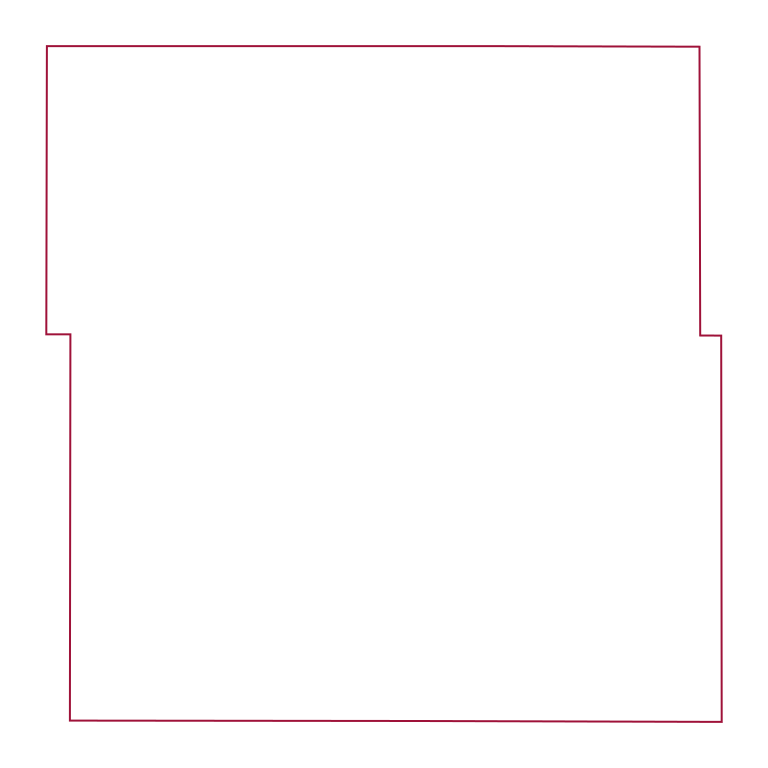 Barnes, North Dakota, United States of America
{"feature_id": "52423323B70837081191712", "entity_name": "Barnes", "entity_type": "district", "adm_level": 2, "iso_a3": "USA", "parent_name": "United States of America", "parent_adm1": "North Dakota", "projection": "equal_earth", "projection_center": [-98.096, 46.935], "detail": "fine", "context": "isolated", "style": "outline", "palette": "rose", "viewbox_px": 768, "rotation_deg": 0, "n_neighbors": 0, "source": "geoboundaries", "source_scale": "gbopen_adm2", "svg_char_len": 250}
<svg xmlns="http://www.w3.org/2000/svg" viewBox="0 0 768 768"><path d="M46.9,46.1L46.3,334.3L70.4,334.3L69.9,720.6L418.8,721.0L721.7,721.9L721.2,335.6L700.2,335.5L699.5,46.7L480.8,46.1L46.9,46.1Z" fill="none" stroke="#9f1239" stroke-width="2"/></svg>